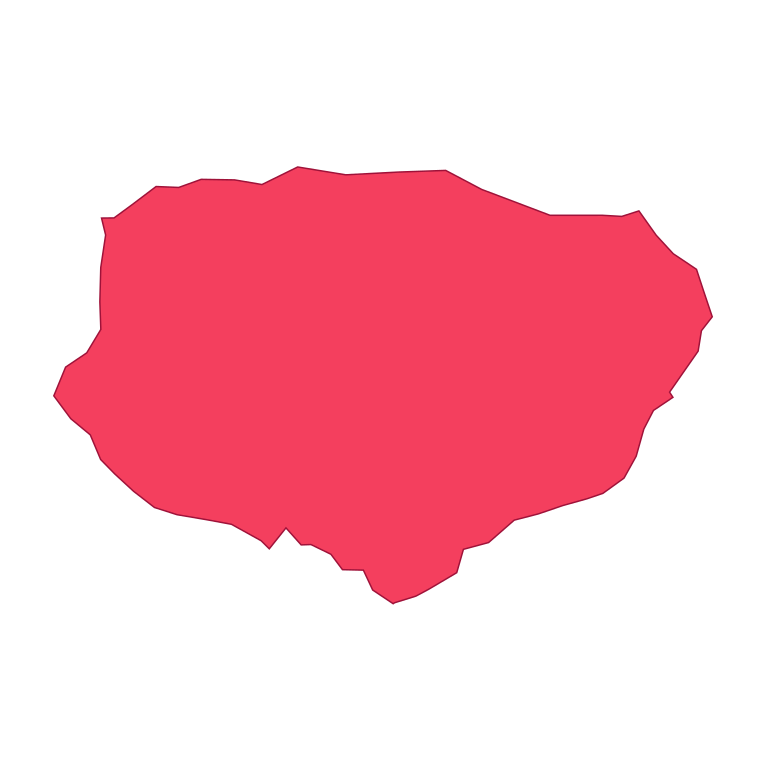 Apesia, Limassol, Cyprus (orthographic projection), rotated 88°
{"feature_id": "46923920B26511278175310", "entity_name": "Apesia", "entity_type": "district", "adm_level": 2, "iso_a3": "CYP", "parent_name": "Cyprus", "parent_adm1": "Limassol", "projection": "orthographic", "projection_center": [32.979, 34.782], "detail": "fine", "context": "isolated", "style": "filled", "palette": "rose", "viewbox_px": 768, "rotation_deg": 88, "n_neighbors": 0, "source": "geoboundaries", "source_scale": "gbopen_adm2", "svg_char_len": 1014}
<svg xmlns="http://www.w3.org/2000/svg" viewBox="0 0 768 768"><g transform="rotate(88 384 384)"><path d="M603.9,382.5L603.0,381.1L597.1,359.5L590.7,346.5L575.1,317.9L552.0,310.4L546.1,285.0L524.6,258.6L519.2,234.3L511.7,209.5L505.8,185.2L500.9,169.0L486.4,147.4L465.0,134.5L438.1,125.9L419.8,115.6L407.4,95.7L402.1,98.9L362.1,68.9L341.8,64.9L328.3,53.6L301.7,61.5L280.3,67.7L263.9,90.4L244.8,106.8L219.9,123.2L224.8,140.5L223.0,160.0L221.2,212.2L211.5,235.3L193.0,279.5L172.7,314.9L172.7,361.9L173.6,415.0L164.1,462.7L180.4,499.0L179.6,502.8L174.8,526.2L173.1,559.6L180.4,582.3L178.7,604.9L196.7,630.5L208.6,648.0L208.3,660.5L225.4,657.0L257.7,663.0L292.0,665.1L319.6,665.1L342.5,680.0L356.0,701.6L384.3,714.4L407.8,698.2L424.6,679.3L449.6,669.8L464.4,656.3L482.5,638.0L499.4,617.7L507.4,595.4L513.5,565.7L518.9,541.3L536.4,512.2L544.7,504.4L525.1,487.6L524.4,487.0L541.9,472.4L541.9,462.6L552.3,443.0L568.1,432.0L569.3,411.1L589.5,402.5L603.9,382.5Z" fill="#f43f5e" stroke="#9f1239" stroke-width="1.5"/></g></svg>